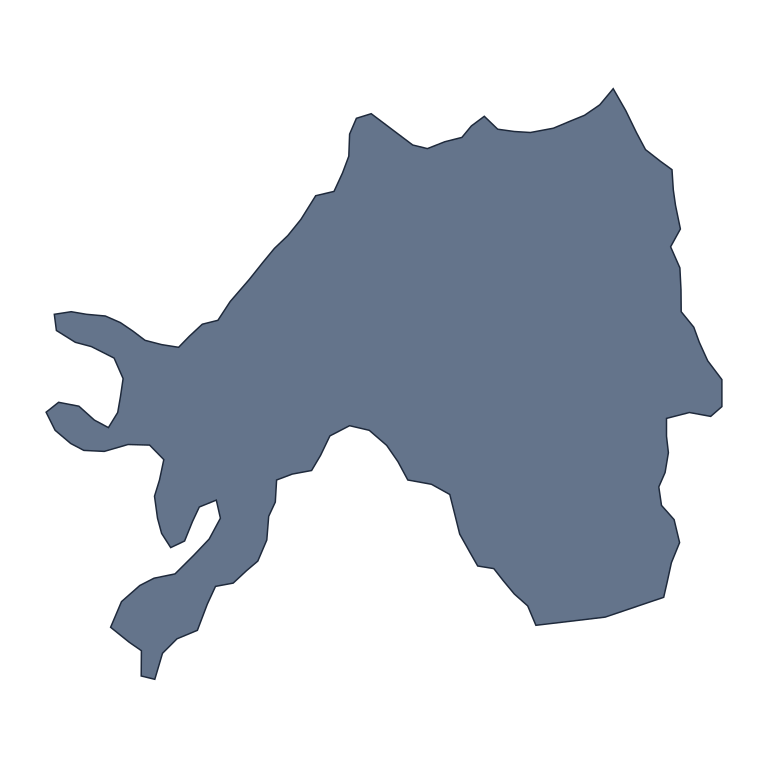 União do Oeste, Santa Catarina, Brazil (Natural Earth projection)
{"feature_id": "56859067B25925090091720", "entity_name": "União do Oeste", "entity_type": "district", "adm_level": 2, "iso_a3": "BRA", "parent_name": "Brazil", "parent_adm1": "Santa Catarina", "projection": "natural_earth1", "projection_center": [-52.874, -26.79], "detail": "fine", "context": "isolated", "style": "filled", "palette": "slate", "viewbox_px": 768, "rotation_deg": 0, "n_neighbors": 0, "source": "geoboundaries", "source_scale": "gbopen_adm2", "svg_char_len": 1834}
<svg xmlns="http://www.w3.org/2000/svg" viewBox="0 0 768 768"><path d="M663.7,597.3L667.3,581.5L671.4,562.7L679.6,542.6L674.1,519.6L661.5,505.4L658.8,486.9L665.1,472.5L668.4,452.7L666.5,436.2L666.5,418.4L689.4,412.5L710.7,416.4L721.9,406.6L721.9,379.6L707.7,360.8L699.3,342.3L693.8,327.2L681.2,311.7L681.0,289.9L679.9,267.9L670.6,246.8L680.4,229.0L675.5,205.3L673.3,189.8L672.0,169.7L660.2,161.1L645.5,149.6L636.4,132.5L625.8,110.7L613.2,88.7L599.8,104.8L584.5,115.3L569.8,121.3L553.4,128.2L530.4,132.5L514.3,131.5L497.7,129.2L484.3,116.3L471.4,125.9L461.9,137.4L444.9,141.7L427.4,148.6L412.7,145.0L371.2,113.7L356.4,118.3L349.6,134.1L348.8,156.2L342.5,173.0L334.0,191.4L315.7,195.7L300.9,219.4L287.8,235.6L274.4,248.4L262.7,262.6L249.3,279.4L230.2,301.5L217.9,320.3L202.3,324.2L189.5,336.1L178.6,347.3L161.6,344.6L145.0,340.3L132.9,331.1L120.4,322.6L105.3,316.0L86.5,314.3L71.2,311.7L54.3,314.3L56.4,330.5L75.3,342.3L91.4,346.6L114.1,358.1L123.1,378.6L120.4,397.0L117.7,412.5L108.4,427.6L94.4,420.1L78.9,406.2L58.6,402.3L46.1,412.2L55.1,430.3L70.7,443.5L83.8,450.4L104.3,451.4L128.0,444.5L149.6,445.1L163.8,459.6L159.5,480.0L154.5,496.2L157.5,518.2L161.6,533.4L170.7,547.6L184.6,541.0L192.5,521.5L199.3,507.0L216.3,500.1L220.4,518.2L209.2,539.0L193.9,555.1L175.0,573.9L154.0,578.2L139.8,585.5L121.5,601.6L110.6,627.3L129.4,642.4L141.4,650.7L141.2,676.0L154.8,679.3L162.5,653.3L177.0,638.8L197.4,630.3L207.3,604.2L215.5,586.4L233.2,583.1L246.6,570.6L257.8,561.1L266.8,540.0L268.7,516.3L275.3,502.1L276.6,480.0L292.2,474.1L311.6,470.5L320.6,455.3L329.9,435.9L349.6,425.7L369.2,430.3L386.7,445.4L397.9,461.6L407.8,480.0L431.5,484.3L449.8,494.5L454.7,514.0L459.7,534.1L470.0,552.5L477.7,566.0L493.8,568.6L503.1,580.5L514.3,594.0L527.7,605.9L535.9,625.3L605.2,617.1L663.7,597.3Z" fill="#64748b" stroke="#1e293b" stroke-width="1.5"/></svg>